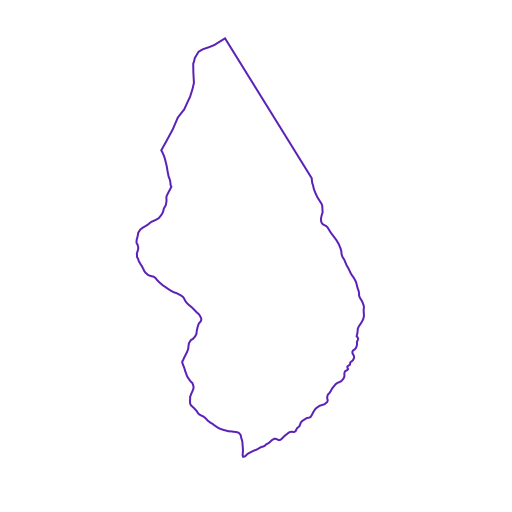 Bhur, Geylegphug, Bhutan, rotated 201°
{"feature_id": "84629894B14718080214922", "entity_name": "Bhur", "entity_type": "district", "adm_level": 2, "iso_a3": "BTN", "parent_name": "Bhutan", "parent_adm1": "Geylegphug", "projection": "mercator", "projection_center": [90.436, 26.926], "detail": "fine", "context": "isolated", "style": "outline", "palette": "violet", "viewbox_px": 512, "rotation_deg": 201, "n_neighbors": 0, "source": "geoboundaries", "source_scale": "gbopen_adm2", "svg_char_len": 5100}
<svg xmlns="http://www.w3.org/2000/svg" viewBox="0 0 512 512"><g transform="rotate(201 256 256)"><path d="M286.9,130.4L285.1,128.2L283.2,126.2L282.3,125.1L280.8,123.1L279.0,121.2L277.8,119.6L276.7,118.6L273.1,116.1L271.5,115.2L270.0,114.7L268.3,112.8L267.6,111.7L266.9,110.1L266.9,108.8L266.9,106.8L267.1,103.8L267.0,101.6L267.0,100.5L266.3,99.3L266.0,97.8L264.6,94.6L263.2,93.3L261.0,92.4L259.2,91.7L258.0,91.1L256.8,90.5L255.5,89.8L254.4,88.9L253.2,88.1L251.8,87.7L250.4,87.5L249.0,87.4L247.6,87.3L246.2,86.9L244.9,86.4L243.6,85.8L242.3,85.1L241.0,84.7L239.6,84.3L238.2,83.9L236.8,83.8L235.4,83.4L234.1,83.0L232.7,82.7L231.3,82.3L229.9,82.1L228.5,81.9L227.1,81.8L225.6,81.9L224.2,82.0L222.8,82.1L221.4,82.3L220.0,82.4L218.5,82.6L217.2,83.1L215.8,83.5L214.4,83.8L213.1,84.1L211.7,84.5L210.3,84.7L208.9,84.8L206.3,83.5L204.8,81.2L202.4,78.1L201.0,75.2L200.1,73.3L198.5,69.9L197.5,66.6L196.9,64.8L196.0,63.9L195.1,64.5L194.3,65.3L193.3,67.5L192.3,69.1L188.5,73.3L185.9,75.6L182.4,79.9L181.4,80.3L179.6,82.2L179.2,83.5L177.0,86.1L175.0,90.1L173.2,92.1L172.0,92.4L168.7,92.3L167.7,92.8L166.7,94.1L164.8,98.4L163.3,100.9L162.3,102.6L161.5,103.6L159.9,104.7L157.5,105.2L156.3,106.6L156.2,108.2L155.9,110.1L155.1,111.4L154.4,113.0L154.5,116.0L154.3,117.3L153.5,118.9L151.8,121.2L150.4,123.0L148.8,123.9L147.4,125.1L146.9,127.5L146.5,131.2L145.7,134.7L145.0,135.9L143.0,138.9L141.0,140.5L139.0,142.1L137.4,144.8L137.2,145.8L137.4,147.1L138.6,148.8L139.1,150.3L139.2,152.5L138.3,154.4L137.8,156.8L137.5,159.5L135.7,164.9L134.5,166.7L133.6,167.6L132.1,169.0L131.4,170.1L130.6,172.2L130.3,173.6L130.4,175.7L131.4,177.8L131.6,179.7L131.3,180.8L130.0,182.0L129.5,183.5L130.6,184.4L131.1,185.7L129.4,188.2L129.8,190.6L128.2,193.2L127.9,196.0L128.7,197.7L131.2,199.9L131.7,201.3L131.6,202.4L130.4,204.2L129.8,205.8L129.7,207.4L130.0,209.7L131.0,212.0L130.9,214.1L131.0,215.5L131.9,216.4L133.3,217.1L133.7,220.3L134.9,224.6L134.8,227.0L133.7,231.8L133.3,235.3L133.6,238.0L133.9,239.1L136.1,244.0L136.9,246.9L137.5,248.1L140.5,251.5L144.3,254.5L145.9,256.4L146.1,257.5L147.6,260.1L149.4,262.1L153.4,267.7L156.8,270.6L160.2,272.9L161.9,274.3L165.4,277.7L167.9,279.6L172.2,284.1L174.9,286.1L176.6,288.1L178.3,291.4L179.5,293.0L182.8,296.6L187.0,299.9L194.7,304.7L199.5,308.4L201.2,309.1L204.7,309.5L205.9,310.0L206.9,310.8L207.9,312.2L208.7,314.1L209.2,316.9L209.5,320.8L212.2,326.7L213.4,328.1L219.8,332.9L222.5,335.5L224.7,337.8L226.6,340.1L227.9,342.2L229.8,344.5L231.9,348.6L276.5,382.5L362.9,448.1L368.6,440.6L369.5,439.4L370.3,438.3L371.3,437.3L372.4,436.3L373.4,435.3L374.4,434.4L375.8,433.2L376.9,432.3L378.0,431.4L379.1,430.5L380.1,429.5L381.0,428.4L381.9,427.2L382.8,426.1L384.1,419.0L383.5,414.9L383.6,413.2L380.3,405.0L376.0,395.4L375.1,389.1L374.6,380.9L375.1,374.6L375.6,366.7L376.1,365.5L378.6,357.3L379.1,344.3L380.6,332.7L382.3,320.7L380.5,319.2L379.5,318.2L378.5,317.2L377.5,316.1L376.6,315.0L375.7,313.9L374.9,312.7L374.1,311.6L373.3,310.4L372.4,309.2L371.7,308.0L370.9,306.8L370.2,305.6L369.5,304.3L368.7,303.1L368.0,301.9L367.2,300.7L366.5,299.5L365.6,298.3L364.6,297.3L363.7,296.2L362.9,295.0L362.2,293.8L361.6,292.5L360.9,291.3L359.8,290.3L360.0,288.9L360.1,287.5L360.3,286.1L360.5,284.6L360.6,283.2L360.8,281.8L360.9,280.4L360.8,278.9L360.2,277.6L359.7,276.3L359.2,275.0L358.9,273.6L358.6,272.1L358.5,270.7L358.7,269.3L359.0,267.9L359.0,266.5L358.7,265.1L358.7,263.6L358.7,262.2L359.0,260.8L359.4,259.4L359.8,258.1L360.2,256.8L361.0,255.6L361.9,254.5L362.9,253.4L363.9,252.4L364.9,251.4L365.9,250.4L366.7,249.2L367.4,248.0L368.1,246.7L368.9,245.6L369.8,244.4L370.7,243.3L371.6,242.2L372.4,241.0L373.2,239.8L373.7,238.5L373.9,237.1L374.3,235.7L374.1,234.5L373.8,233.3L373.6,231.9L373.4,230.6L373.4,229.3L373.1,228.1L372.7,226.4L371.8,224.9L370.6,224.2L370.0,223.1L369.2,222.2L368.7,220.9L368.4,219.5L368.3,218.1L368.2,216.6L368.0,215.2L367.3,213.9L366.7,212.4L365.8,211.7L365.0,211.1L364.3,210.1L363.6,209.2L362.8,208.6L361.2,207.3L360.4,206.6L359.3,205.9L358.3,205.1L357.5,204.3L356.3,203.3L355.3,202.2L353.1,200.7L351.5,200.3L350.5,199.7L349.5,199.6L348.4,199.5L347.0,199.7L345.9,199.7L344.7,200.0L343.3,199.8L342.0,199.5L340.8,198.7L339.9,198.2L338.6,197.6L337.3,197.0L336.0,196.5L334.6,196.0L333.3,195.5L331.9,195.1L330.5,194.8L329.1,194.5L327.7,194.1L326.4,193.8L325.0,193.5L323.6,193.2L322.2,193.0L320.8,192.8L319.3,192.7L317.9,192.8L316.5,192.8L315.1,192.7L313.7,192.5L312.3,192.3L310.8,192.0L309.5,191.6L308.3,190.9L307.2,189.9L306.2,189.0L305.0,188.1L303.8,187.4L302.5,186.8L301.2,186.3L299.8,185.8L298.5,185.4L297.1,184.9L295.8,184.3L294.5,183.7L293.2,183.1L291.9,182.5L290.6,181.9L289.3,181.5L288.0,180.9L286.9,180.0L285.8,179.1L284.8,178.1L284.2,176.8L284.2,175.4L284.6,174.0L285.1,172.7L285.2,171.2L285.1,169.8L285.0,168.4L284.8,167.0L284.6,165.5L284.3,164.2L283.9,162.8L283.7,161.4L283.9,159.9L284.2,158.5L284.8,157.2L285.2,155.8L286.5,154.5L287.1,152.2L287.3,150.3L286.8,147.8L286.1,145.5L286.0,144.0L286.0,142.6L286.0,141.2L286.2,139.8L286.3,138.3L286.5,136.9L286.6,135.7L286.7,134.3L286.7,132.9L287.0,131.4L286.9,130.4Z" fill="none" stroke="#5b21b6" stroke-width="2"/></g></svg>